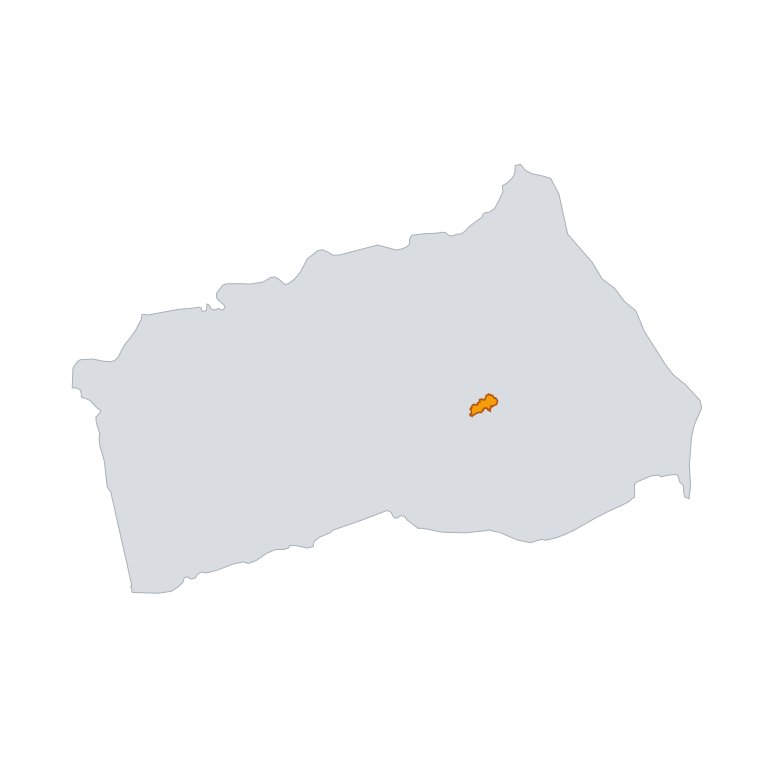 Sekyere South, Ashanti, Ghana shown in context, rotated 258°
{"feature_id": "2480657B66267254954762", "entity_name": "Sekyere South", "entity_type": "district", "adm_level": 2, "iso_a3": "GHA", "parent_name": "Ghana", "parent_adm1": "Ashanti", "projection": "robinson", "projection_center": [-1.514, 6.995], "detail": "fine", "context": "in_parent", "style": "filled", "palette": "amber", "viewbox_px": 768, "rotation_deg": 258, "n_neighbors": 0, "source": "geoboundaries", "source_scale": "gbopen_adm2", "svg_char_len": 6744}
<svg xmlns="http://www.w3.org/2000/svg" viewBox="0 0 768 768"><g transform="rotate(258 384 384)"><path d="M464.3,83.1L469.7,88.8L470.9,92.1L468.9,104.5L465.0,113.2L462.6,121.3L462.9,125.3L465.3,129.4L473.5,135.8L477.6,139.9L482.6,146.2L488.3,152.3L498.0,160.3L502.2,161.7L502.0,164.0L500.6,167.0L499.8,196.8L499.1,204.5L498.3,208.3L497.5,219.5L496.4,221.0L494.6,220.9L492.9,221.3L492.5,223.5L493.2,225.8L499.0,227.4L497.8,229.1L493.4,230.6L491.4,234.0L492.3,237.8L489.9,240.9L490.6,242.9L492.1,244.4L494.6,243.9L501.4,238.7L504.3,238.2L507.9,239.3L514.4,247.1L514.7,250.9L512.1,264.0L509.5,274.1L509.0,287.6L511.8,295.2L511.4,299.3L508.4,302.9L501.6,308.1L502.2,311.7L505.2,318.3L511.0,325.7L522.2,334.8L528.1,346.7L528.2,351.6L524.8,356.4L520.8,360.6L519.4,366.7L521.3,406.6L512.5,423.9L512.4,428.8L513.3,434.6L515.6,438.1L520.2,439.0L523.8,442.4L522.6,454.5L520.6,466.9L520.3,472.9L519.2,475.7L515.8,478.1L514.5,482.0L515.4,486.8L514.7,490.4L516.6,495.0L520.6,500.8L527.1,515.0L529.6,516.2L530.7,519.2L530.0,522.1L532.5,528.4L539.8,534.7L547.3,540.3L553.4,541.0L554.9,546.0L558.9,552.3L561.8,555.0L566.5,556.8L570.3,557.8L570.5,563.1L563.6,566.7L559.0,572.2L555.4,580.6L550.5,589.8L533.6,594.5L527.2,594.6L492.4,594.8L459.9,612.9L441.2,619.3L429.7,629.5L414.2,636.7L403.4,645.5L381.0,649.7L344.1,663.5L332.6,669.0L320.9,678.6L302.0,689.8L294.5,689.7L279.7,679.2L268.5,673.9L241.2,665.8L220.8,662.7L211.0,659.3L208.3,658.7L210.6,654.9L216.3,654.6L222.3,655.8L226.8,652.9L233.4,652.5L235.2,649.5L235.7,641.9L235.6,635.8L238.0,633.1L238.6,625.8L235.3,609.8L233.0,608.0L221.1,605.7L220.2,602.6L218.1,599.2L215.8,591.0L213.2,578.7L209.1,563.5L201.1,538.4L199.2,529.5L197.8,520.5L197.5,509.7L199.2,505.7L198.9,500.1L198.2,494.5L203.8,481.8L214.9,466.1L217.2,460.5L219.3,456.6L219.6,451.0L221.5,432.7L226.8,410.7L230.2,402.4L232.4,397.9L235.1,390.6L235.8,387.1L246.0,378.5L250.6,376.2L251.7,372.8L250.1,369.1L250.8,366.5L253.2,365.3L257.0,364.2L259.7,360.7L255.4,333.5L252.0,306.5L251.8,304.2L249.7,300.4L247.7,289.3L244.3,282.7L239.5,280.8L239.5,274.7L244.3,264.2L245.6,258.1L243.3,256.3L243.0,251.6L244.6,243.9L243.8,239.1L242.9,234.1L237.9,222.3L236.7,213.9L239.3,209.0L239.2,198.2L236.5,181.7L236.1,171.2L237.9,166.9L237.0,162.7L233.4,158.8L233.2,155.0L236.3,151.2L235.9,148.3L232.0,146.2L228.6,141.1L225.5,133.0L226.2,120.1L232.0,96.3L232.7,94.3L239.2,94.4L239.3,95.4L259.6,95.2L282.9,94.9L310.7,94.6L335.9,94.3L337.0,93.3L341.2,91.9L366.7,94.4L382.6,93.2L389.4,93.9L394.3,95.6L405.4,94.6L411.3,95.2L415.7,101.1L417.5,101.0L420.0,98.5L424.4,95.7L428.8,93.4L432.0,88.7L434.0,85.2L436.9,85.9L441.1,85.7L443.9,82.8L445.0,78.2L464.3,83.1Z" fill="#d9dde1" stroke="#a8b0b8" stroke-width="1"/><path d="M341.9,490.4L342.2,490.7L342.4,490.7L342.5,490.8L342.8,490.9L342.9,491.0L343.2,491.4L343.3,491.5L343.6,491.5L343.8,491.5L343.9,491.4L344.9,491.2L345.1,491.1L345.4,491.1L345.6,491.0L345.7,490.9L345.8,490.8L345.8,490.7L346.0,490.6L346.3,490.5L346.4,490.4L346.6,490.5L347.0,490.6L347.2,490.3L347.3,490.2L347.4,489.8L347.4,489.5L347.5,489.3L347.4,489.2L347.4,488.9L347.4,488.6L347.7,488.6L347.8,488.6L348.3,488.6L348.7,488.4L348.9,488.4L349.0,488.4L349.3,488.3L349.9,488.1L350.0,488.0L350.1,487.8L350.3,487.7L350.4,487.4L350.5,487.1L350.4,486.9L350.5,486.6L350.6,486.4L350.7,486.2L350.8,486.1L350.9,485.9L351.0,485.9L351.1,486.0L351.3,486.0L351.6,485.8L351.5,485.7L351.6,485.4L351.4,485.0L351.3,484.8L351.4,484.6L351.5,484.5L351.7,484.3L352.0,484.0L352.2,483.9L352.3,483.9L352.1,483.6L352.0,483.3L352.0,483.1L352.0,482.9L351.9,482.4L351.5,481.8L351.2,481.6L351.1,481.4L350.8,481.5L350.6,481.5L350.1,481.1L350.1,480.9L349.9,480.7L349.6,480.6L349.4,480.5L349.3,480.3L349.0,480.1L348.9,480.0L348.4,479.7L348.2,479.8L348.0,479.7L347.7,479.6L347.7,479.3L347.7,479.1L347.7,478.9L347.7,478.7L347.8,478.2L347.7,477.9L347.8,477.8L347.8,477.7L347.9,477.4L348.0,477.1L348.3,477.1L348.6,477.1L348.7,476.9L348.5,476.7L348.7,476.4L349.0,476.3L349.0,476.0L348.8,475.3L348.8,475.0L348.9,474.8L348.9,474.5L348.8,474.4L348.7,474.3L348.7,474.2L348.6,473.9L348.2,473.9L348.0,474.0L347.6,474.1L347.4,474.1L347.1,474.0L346.8,474.0L346.7,474.1L346.7,473.9L346.6,473.7L346.4,473.6L346.2,472.9L346.2,472.6L346.1,472.4L346.2,472.0L346.1,471.9L346.0,471.6L345.9,471.6L345.5,471.7L345.3,471.4L345.0,471.1L344.1,471.0L344.2,470.6L344.2,470.4L344.3,470.1L344.3,469.9L344.5,469.6L344.6,469.3L344.7,469.2L344.7,468.9L344.9,468.4L345.0,468.3L345.3,468.0L345.4,467.8L345.5,467.6L345.3,467.5L345.2,467.4L345.1,467.1L345.0,466.4L344.6,465.8L344.1,465.5L343.9,465.3L343.8,465.2L343.4,465.1L343.2,465.1L342.8,465.0L342.7,465.0L342.6,464.9L342.5,464.5L342.6,464.3L342.4,464.3L342.2,464.2L341.8,464.3L341.9,464.0L342.0,463.8L342.0,463.7L341.8,463.3L341.4,463.1L341.3,463.6L336.9,463.7L336.6,463.4L336.5,463.2L336.6,462.9L336.6,462.7L336.8,462.2L336.7,462.2L336.3,461.9L336.2,461.7L335.9,461.7L335.5,461.7L335.2,461.9L334.9,462.0L334.8,462.3L334.8,462.6L334.8,462.8L334.7,463.0L334.4,463.2L334.2,463.3L334.0,463.5L334.3,463.8L334.4,464.0L334.6,464.0L334.7,464.4L335.0,465.0L335.3,465.3L335.3,465.5L335.4,465.8L335.3,466.0L335.2,466.3L335.8,467.3L335.8,467.7L335.9,467.8L336.1,468.2L336.2,468.3L336.3,468.3L336.5,468.8L336.3,469.1L336.2,469.4L336.3,469.6L336.5,469.8L336.5,470.0L336.6,470.4L336.4,470.7L336.3,470.9L336.3,471.0L336.5,471.4L336.4,471.6L336.4,471.9L336.3,472.1L336.2,472.3L336.2,472.5L336.2,472.8L336.0,473.1L335.8,473.6L335.9,473.8L335.9,473.7L336.3,473.8L336.5,473.9L337.0,474.1L337.3,474.8L337.3,475.0L337.5,475.7L337.8,475.6L338.0,475.5L338.3,475.4L338.5,475.7L338.7,476.0L338.9,476.1L338.9,476.3L339.0,476.3L339.3,476.3L339.5,476.6L339.2,477.2L339.4,477.7L339.5,477.8L339.4,478.2L339.2,478.5L339.3,478.8L339.3,479.1L339.3,479.3L339.0,479.4L339.0,479.6L338.9,479.7L338.8,479.8L338.8,479.7L338.6,479.8L338.4,479.9L338.2,479.9L337.8,479.9L337.3,479.9L337.2,480.1L337.0,480.3L337.0,480.5L336.9,480.6L336.8,480.9L336.7,480.9L336.3,481.1L336.2,481.1L336.1,481.3L335.8,481.6L335.7,481.9L335.7,482.1L335.5,482.3L335.9,482.3L336.2,482.2L336.3,482.2L336.4,482.3L336.5,482.3L336.7,482.2L336.9,482.0L337.4,482.0L337.4,482.4L337.5,482.5L337.5,482.8L337.6,483.0L337.8,483.1L338.0,483.0L338.3,483.1L338.5,483.3L338.5,483.6L338.8,483.7L338.9,483.8L339.0,483.8L339.2,484.0L339.3,483.9L339.5,484.0L339.8,484.0L340.0,484.0L340.1,484.3L340.2,484.5L340.3,484.6L340.3,484.8L340.1,484.9L340.1,485.0L339.9,485.1L339.9,485.3L339.7,485.4L339.9,485.5L340.0,485.6L339.9,486.0L339.9,486.3L339.9,486.5L339.9,486.8L340.0,486.8L340.2,487.3L340.2,487.5L340.2,487.8L340.3,487.9L340.3,488.0L340.4,488.4L340.4,488.5L340.4,489.0L340.4,489.3L340.6,489.6L340.6,489.8L340.8,489.8L341.0,489.8L341.3,489.9L341.5,490.1L341.7,490.3L341.8,490.4L341.9,490.4Z" fill="#f59e0b" stroke="#b45309" stroke-width="1.5"/></g></svg>